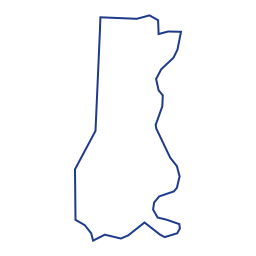 Decatur, Tennessee, United States of America (Mercator projection)
{"feature_id": "52423323B19085633928803", "entity_name": "Decatur", "entity_type": "district", "adm_level": 2, "iso_a3": "USA", "parent_name": "United States of America", "parent_adm1": "Tennessee", "projection": "mercator", "projection_center": [-88.063, 35.615], "detail": "fine", "context": "isolated", "style": "outline", "palette": "blue", "viewbox_px": 256, "rotation_deg": 0, "n_neighbors": 0, "source": "geoboundaries", "source_scale": "gbopen_adm2", "svg_char_len": 621}
<svg xmlns="http://www.w3.org/2000/svg" viewBox="0 0 256 256"><path d="M75.5,219.8L84.8,225.2L91.2,233.3L93.1,240.6L104.8,234.7L120.9,238.5L128.2,235.4L144.5,222.5L160.0,234.6L164.7,237.1L177.2,233.3L179.9,228.5L179.3,224.1L166.6,219.7L157.6,217.5L153.1,209.6L154.1,202.5L159.2,196.4L173.9,191.4L176.9,187.8L179.6,176.4L176.9,166.2L170.2,157.7L156.3,128.6L155.7,124.8L162.3,106.4L162.8,95.4L158.6,90.3L156.1,79.0L161.2,69.3L173.5,57.7L177.5,49.5L181.0,31.8L168.2,31.5L158.6,34.0L158.1,20.2L149.5,15.4L136.8,18.8L100.4,17.3L99.9,31.3L95.5,130.9L75.0,169.3L75.5,219.8Z" fill="none" stroke="#1e3a8a" stroke-width="2"/></svg>